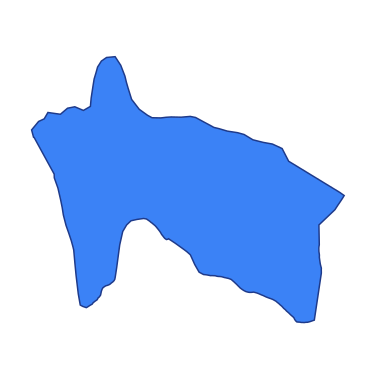 outline of Thula, Amran, Yemen, rotated 352°
{"feature_id": "15242507B3990952227589", "entity_name": "Thula", "entity_type": "district", "adm_level": 2, "iso_a3": "YEM", "parent_name": "Yemen", "parent_adm1": "Amran", "projection": "equal_earth", "projection_center": [43.832, 15.591], "detail": "fine", "context": "isolated", "style": "filled", "palette": "blue", "viewbox_px": 384, "rotation_deg": 352, "n_neighbors": 0, "source": "geoboundaries", "source_scale": "gbopen_adm2", "svg_char_len": 2907}
<svg xmlns="http://www.w3.org/2000/svg" viewBox="0 0 384 384"><g transform="rotate(352 192 192)"><path d="M342.2,216.7L338.3,213.0L323.2,200.6L302.0,183.2L292.0,175.0L287.3,161.5L278.3,155.7L269.5,152.8L259.6,148.8L251.6,142.3L245.4,139.6L235.4,136.6L227.5,133.0L222.7,131.1L213.6,124.4L205.9,118.7L200.8,116.9L191.6,116.4L186.7,115.6L181.9,114.8L176.7,114.4L171.4,114.3L162.8,112.9L158.7,109.9L151.3,102.8L145.1,91.9L144.7,89.5L143.2,80.4L142.3,74.1L141.7,67.9L139.1,56.7L134.7,47.3L126.1,46.9L120.5,49.7L115.9,55.1L113.6,60.4L110.8,66.5L108.8,73.0L105.2,85.0L103.3,93.1L95.8,96.1L87.8,91.3L80.4,91.7L72.5,96.7L64.5,94.4L60.4,93.2L55.8,99.0L49.9,100.8L41.8,108.2L42.7,115.7L43.2,115.9L43.7,117.2L58.0,155.1L57.6,158.8L59.2,166.6L59.8,169.6L60.8,181.3L61.3,189.5L61.4,196.8L62.6,207.5L64.2,215.4L65.7,223.6L66.5,229.9L66.8,233.0L66.1,246.8L65.6,258.4L65.2,277.1L65.6,288.4L67.9,290.1L69.9,291.1L71.2,291.8L72.1,291.5L75.6,289.9L77.5,289.2L78.7,287.9L80.7,286.7L83.1,285.5L84.3,283.8L85.6,283.0L87.1,281.4L87.8,279.5L88.4,277.8L89.4,275.8L90.5,274.4L92.2,273.5L93.5,272.9L95.1,272.7L96.9,272.3L98.3,271.7L99.6,270.8L100.4,270.4L101.1,270.0L102.4,269.0L103.4,267.7L104.1,265.7L106.8,256.7L110.6,243.1L113.1,234.2L117.9,221.5L122.7,215.5L127.6,212.0L133.7,211.5L140.4,211.5L143.2,212.4L143.6,212.8L144.9,214.0L146.1,215.1L147.2,216.4L148.0,217.1L148.4,217.6L149.5,218.8L150.6,220.0L151.6,221.4L152.5,222.9L153.4,224.4L154.6,226.5L155.4,228.2L156.0,229.8L156.9,231.3L157.8,232.9L158.7,234.3L158.9,234.4L159.6,235.1L160.0,235.5L161.6,235.4L162.2,235.0L168.5,240.6L175.9,247.7L178.5,250.3L181.6,253.9L182.8,257.9L184.5,263.8L184.7,264.4L187.9,272.4L191.9,275.3L192.6,275.5L194.3,275.9L195.9,276.4L197.3,276.9L198.7,277.4L200.4,277.6L201.9,277.9L203.2,278.1L204.5,278.7L205.9,279.2L208.0,279.6L209.5,280.0L211.1,280.7L212.1,281.2L212.8,281.4L214.6,282.1L216.0,282.6L217.5,283.4L218.7,284.1L219.9,285.5L221.2,287.0L222.3,288.4L223.3,289.6L224.3,291.0L225.3,292.3L226.4,293.8L227.5,294.9L228.8,296.1L229.9,297.0L231.5,298.1L233.1,298.8L234.5,299.3L236.1,299.6L237.6,299.7L239.0,299.7L240.5,300.3L242.1,301.0L243.8,301.9L245.4,302.9L246.7,303.7L248.0,304.4L249.2,305.2L250.7,306.2L252.7,307.3L254.0,308.0L255.4,308.7L257.3,309.8L258.8,311.0L259.0,311.1L260.0,311.9L261.1,313.2L262.3,314.4L263.4,315.8L265.1,317.7L266.7,320.1L268.1,321.6L269.0,323.0L270.1,324.2L271.2,325.5L272.3,327.0L273.3,328.2L274.4,329.4L275.4,330.7L275.9,332.4L276.7,334.0L277.8,335.3L279.2,335.6L280.7,335.9L282.0,336.4L283.4,336.6L284.9,336.9L286.4,336.9L287.8,337.0L288.2,337.1L290.8,336.8L295.3,335.9L308.8,290.3L309.3,286.3L309.5,285.4L309.3,283.8L309.1,282.0L309.0,280.1L309.0,278.1L309.0,276.1L309.0,274.5L309.4,272.1L309.4,270.2L309.4,268.5L309.6,266.8L309.8,265.1L310.2,263.5L310.7,262.0L313.1,242.3L331.1,229.4L334.4,225.6L337.5,222.2L338.4,221.2L340.4,218.9L342.2,216.7Z" fill="#3b82f6" stroke="#1e3a8a" stroke-width="1.5"/></g></svg>